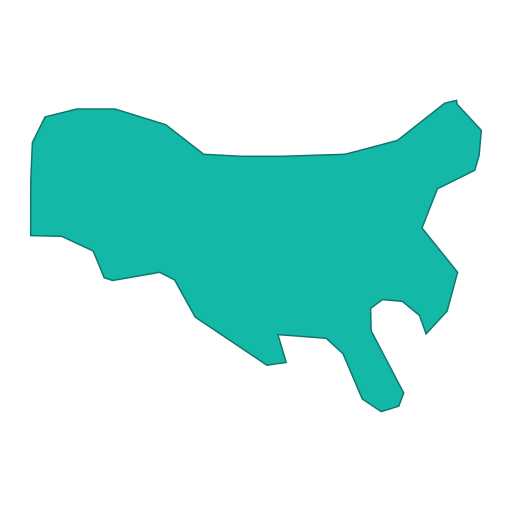 the border of Darlington
{"feature_id": "GBR-2028", "entity_name": "Darlington", "entity_type": "Unitary Authority", "adm_level": 1, "iso_a3": "GBR", "parent_name": "United Kingdom", "parent_adm1": "", "projection": "equal_earth", "projection_center": [-1.518, 54.521], "detail": "fine", "context": "isolated", "style": "filled", "palette": "teal", "viewbox_px": 512, "rotation_deg": 0, "n_neighbors": 0, "source": "natural_earth", "source_scale": "10m", "svg_char_len": 676}
<svg xmlns="http://www.w3.org/2000/svg" viewBox="0 0 512 512"><path d="M456.6,100.4L457.1,104.2L481.3,130.4L479.1,155.5L474.8,170.2L437.4,188.8L422.0,228.0L457.6,272.3L447.1,311.1L426.1,333.9L419.5,315.5L402.3,301.3L382.5,299.6L370.6,308.4L371.1,330.7L403.7,393.0L398.8,406.1L381.2,411.6L362.3,399.0L343.0,353.7L326.2,338.3L277.9,334.6L286.2,362.4L266.9,365.2L195.2,317.1L174.6,279.9L159.6,272.3L112.6,280.5L104.2,277.7L93.2,251.0L61.6,236.3L30.7,235.6L30.7,213.4L30.8,179.9L32.4,142.5L45.1,116.9L76.8,109.0L114.9,109.0L165.7,124.7L203.7,154.3L241.8,156.3L281.5,156.3L344.9,154.3L397.3,140.5L444.8,103.1L456.6,100.4Z" fill="#14b8a6" stroke="#0f766e" stroke-width="1.5"/></svg>